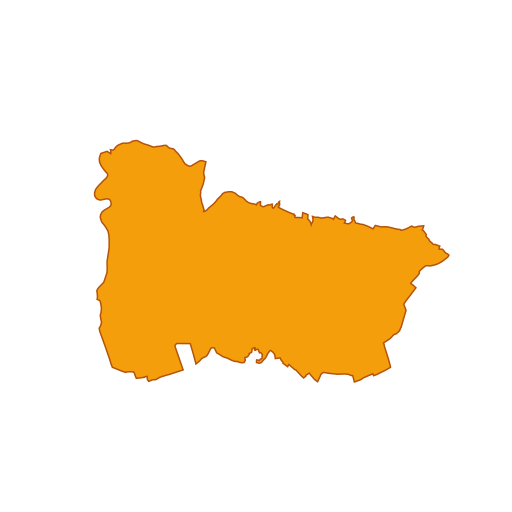 Glodeni, Mures, Romania (orthographic projection), rotated 156°
{"feature_id": "2599482B49122521196915", "entity_name": "Glodeni", "entity_type": "district", "adm_level": 2, "iso_a3": "ROU", "parent_name": "Romania", "parent_adm1": "Mures", "projection": "orthographic", "projection_center": [24.562, 46.667], "detail": "fine", "context": "isolated", "style": "filled", "palette": "amber", "viewbox_px": 512, "rotation_deg": 156, "n_neighbors": 0, "source": "geoboundaries", "source_scale": "gbopen_adm2", "svg_char_len": 6121}
<svg xmlns="http://www.w3.org/2000/svg" viewBox="0 0 512 512"><g transform="rotate(156 256 256)"><path d="M356.1,412.8L359.2,409.3L359.7,408.4L360.6,405.8L360.8,404.0L360.7,401.3L360.0,397.5L359.0,393.7L358.3,392.0L358.3,390.9L358.8,390.0L359.6,389.0L360.9,388.2L364.3,387.1L371.3,384.3L375.4,382.1L377.8,379.3L378.8,377.0L378.8,374.9L378.0,372.7L376.3,371.0L375.2,370.3L369.8,369.2L367.4,368.0L366.5,366.1L366.7,363.7L367.4,362.0L368.4,361.0L370.1,360.3L376.5,359.5L378.5,358.9L381.0,357.1L382.4,355.1L382.9,352.8L383.1,349.7L382.0,345.7L381.5,343.0L381.1,339.0L381.9,334.9L383.5,330.6L386.9,323.1L394.3,311.6L397.2,304.7L399.0,301.3L405.2,294.5L406.5,293.6L412.2,291.3L414.1,290.3L415.5,289.1L416.3,286.3L417.4,283.2L418.8,281.0L416.9,279.0L416.8,278.1L417.2,275.6L418.5,271.0L420.5,267.5L422.3,265.4L423.4,261.7L423.9,258.9L424.6,257.5L426.9,254.9L427.8,254.6L428.5,253.8L428.8,253.3L429.4,250.3L430.5,235.0L431.7,221.1L432.3,216.7L432.5,212.8L425.1,205.1L422.3,202.6L421.9,202.8L420.7,202.5L418.6,201.7L414.9,199.8L414.8,196.6L415.0,196.1L415.1,192.9L407.6,190.6L407.5,190.9L404.4,190.3L405.5,187.3L405.0,185.2L404.4,185.0L401.0,185.0L397.8,183.8L392.9,184.3L386.4,183.6L383.8,183.1L368.9,181.6L366.7,207.0L364.9,208.0L364.0,208.3L351.7,202.7L352.9,193.6L354.4,183.9L354.8,181.8L350.1,183.1L347.0,184.5L342.7,184.6L341.3,185.0L338.5,187.0L335.2,189.7L334.1,190.2L333.5,190.0L331.6,189.2L331.5,188.6L331.4,187.1L331.3,183.6L328.8,180.0L327.7,178.2L326.7,177.0L323.6,174.2L320.7,170.7L318.9,168.9L317.1,167.6L316.1,167.5L315.8,167.2L315.6,166.7L314.9,166.1L313.7,165.1L311.9,164.0L310.3,163.6L309.8,163.7L309.3,164.1L308.8,164.7L308.1,165.2L307.8,166.9L307.5,167.7L305.6,167.4L304.8,167.4L303.7,167.9L303.2,168.4L302.5,168.6L302.0,169.1L301.9,169.7L299.5,169.7L299.0,170.0L298.5,170.6L298.0,171.8L297.3,172.9L296.3,173.0L294.3,172.7L294.2,172.2L294.5,171.7L295.6,171.1L295.6,170.6L295.0,170.2L292.8,170.3L292.2,170.1L292.0,168.9L292.2,167.7L292.2,166.2L291.6,166.2L290.6,165.0L290.4,163.0L291.1,162.2L291.5,161.5L291.6,160.5L292.3,160.0L294.3,159.9L295.4,159.2L296.3,160.0L297.7,160.8L298.9,158.6L298.8,158.3L298.0,157.9L297.4,157.2L296.2,156.6L294.9,156.5L294.2,156.6L291.3,158.0L288.9,158.9L286.6,160.6L285.3,161.8L284.4,162.4L282.2,163.6L281.1,163.8L280.3,162.6L279.5,160.7L279.1,159.2L279.2,157.5L280.1,154.4L275.5,153.2L275.3,150.1L274.5,148.1L275.0,147.1L272.1,142.0L270.3,143.5L269.9,143.1L266.9,136.6L265.8,135.4L263.5,128.4L262.1,125.2L259.4,125.9L259.1,126.7L254.9,127.3L254.6,125.6L252.7,119.3L250.9,116.1L250.2,116.6L244.7,121.5L242.6,122.2L241.9,122.1L241.1,121.8L236.0,118.5L229.5,114.8L222.3,111.9L219.5,110.1L217.5,108.0L216.3,107.4L217.4,100.9L211.4,100.4L209.9,100.5L207.5,101.0L197.2,100.9L197.2,98.8L194.0,98.6L184.3,99.0L178.4,99.6L178.0,101.1L177.1,106.9L175.6,119.4L175.4,121.4L174.9,123.4L174.9,124.7L167.1,126.0L162.6,127.9L161.5,128.1L160.1,127.9L159.5,127.9L157.1,128.6L154.9,129.5L154.9,129.9L152.4,131.9L141.0,145.4L140.6,152.0L136.7,154.3L122.8,161.9L124.3,165.3L125.8,168.0L124.4,168.9L116.3,172.3L115.0,173.0L113.8,173.8L113.2,175.4L110.8,176.4L107.3,177.5L104.5,178.0L101.2,176.2L98.8,175.6L95.8,175.1L92.8,174.9L89.9,175.1L87.7,175.4L81.3,177.0L79.5,178.2L79.5,178.7L80.2,180.0L81.3,181.3L82.0,183.1L82.5,185.2L82.9,186.3L85.9,187.8L85.2,189.2L84.1,190.3L87.6,193.7L88.8,194.1L89.2,194.5L89.8,195.6L89.9,196.3L91.2,198.8L91.4,201.4L92.1,202.9L92.6,204.5L92.6,205.3L91.7,206.2L92.7,211.1L93.5,212.2L91.6,214.0L90.5,215.4L93.4,216.4L96.1,217.2L98.9,217.6L100.2,218.2L101.5,220.0L107.7,219.7L112.4,220.2L113.0,220.5L113.3,221.4L116.4,223.3L123.1,228.5L125.4,229.9L129.6,231.6L131.2,232.7L132.6,233.9L134.6,235.4L138.1,233.2L141.3,237.2L144.6,240.5L146.0,241.7L147.4,242.4L149.8,244.5L151.2,245.2L151.6,245.8L151.5,247.1L151.6,249.2L151.5,250.1L150.6,251.4L150.7,251.9L151.2,252.2L151.7,252.2L153.2,251.9L153.5,250.3L153.4,249.4L153.8,248.8L154.7,248.2L157.6,247.7L159.3,248.2L161.8,250.2L161.3,250.5L159.7,252.2L161.4,254.4L162.0,254.7L163.7,255.1L164.4,255.5L165.2,256.4L167.3,260.4L168.4,259.7L170.2,258.0L171.2,259.5L174.1,262.0L175.0,262.4L177.0,263.0L180.6,263.9L183.8,266.3L185.5,266.9L187.0,267.9L188.3,269.2L189.0,266.3L189.3,265.5L190.7,264.0L192.3,262.8L192.8,262.2L192.6,263.4L192.6,265.6L193.1,267.5L193.7,269.0L191.7,272.4L192.9,274.0L195.7,276.5L198.3,272.1L199.4,272.8L202.8,274.5L204.2,275.0L204.6,275.5L204.6,276.0L203.8,277.1L204.5,277.7L204.6,278.0L204.2,278.7L205.3,279.5L208.5,282.8L213.3,288.3L215.2,290.7L215.7,291.7L215.3,292.3L214.7,292.3L214.0,292.6L213.0,294.5L213.0,295.0L212.3,296.3L213.0,296.2L213.6,295.6L215.1,294.7L215.9,295.2L216.4,294.8L217.2,294.6L219.8,292.9L220.5,292.7L221.2,293.1L221.2,293.6L221.1,294.6L220.0,296.7L221.6,297.1L222.4,297.0L223.2,297.2L224.2,297.9L228.9,297.9L229.8,298.4L230.9,299.7L231.4,300.5L230.1,303.0L229.8,303.8L230.6,304.0L233.3,303.8L233.6,303.6L234.4,302.9L235.0,302.6L235.7,303.7L239.8,306.5L241.3,308.1L242.6,310.3L243.2,312.2L244.1,314.3L245.0,315.6L246.6,316.7L247.5,317.9L248.8,320.2L249.1,321.3L251.9,324.5L255.0,325.9L257.4,326.4L258.0,326.7L258.6,326.8L260.7,326.6L261.4,326.5L262.3,325.8L264.4,324.9L266.1,324.4L266.4,324.0L268.0,323.7L269.6,322.6L273.6,320.8L280.0,319.0L281.3,318.3L283.6,317.7L284.9,317.6L285.7,318.0L285.1,318.4L284.7,319.3L284.2,323.0L283.8,327.3L283.2,329.3L282.3,333.8L280.9,336.1L280.2,337.9L274.7,343.5L271.0,348.5L270.6,351.2L269.7,353.9L263.4,362.5L265.7,364.4L267.1,365.3L268.6,365.8L276.7,364.9L278.4,364.6L279.3,364.7L281.0,365.7L283.0,368.5L283.5,369.4L283.5,370.2L283.8,371.0L283.8,371.6L284.0,372.1L284.0,372.5L283.9,373.0L284.4,376.0L285.5,381.1L286.0,382.4L286.8,384.3L287.3,386.3L287.9,387.5L290.7,389.4L291.4,390.1L292.1,391.4L292.8,393.4L293.7,393.9L295.5,394.6L296.5,394.7L300.4,395.7L301.6,396.3L304.3,396.8L305.8,397.5L309.4,401.2L312.2,403.5L314.4,405.8L317.5,409.7L318.7,410.3L322.4,411.2L324.2,410.9L325.6,410.9L327.1,411.3L329.1,411.9L330.4,412.7L332.1,413.3L336.2,413.4L338.4,413.1L340.5,412.2L342.5,411.0L343.3,410.9L344.0,411.1L345.7,412.3L345.8,411.6L346.3,410.0L347.1,408.6L349.5,412.2L356.1,412.8Z" fill="#f59e0b" stroke="#b45309" stroke-width="1.5"/></g></svg>